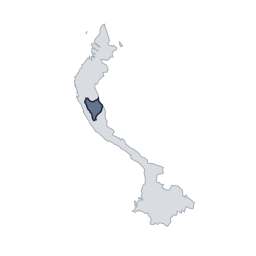 Vietnam, with Gia Lai highlighted, rotated 161°
{"feature_id": "VNM-478", "entity_name": "Gia Lai", "entity_type": "Province", "adm_level": 1, "iso_a3": "VNM", "parent_name": "Vietnam", "parent_adm1": "", "projection": "equal_earth", "projection_center": [108.233, 13.818], "detail": "fine", "context": "in_parent", "style": "filled", "palette": "slate", "viewbox_px": 256, "rotation_deg": 161, "n_neighbors": 0, "source": "natural_earth", "source_scale": "10m", "svg_char_len": 4947}
<svg xmlns="http://www.w3.org/2000/svg" viewBox="0 0 256 256"><g transform="rotate(161 128 128)"><path d="M150.8,48.0L149.0,48.1L147.2,50.0L144.8,51.1L144.2,54.4L142.2,55.9L141.3,55.2L139.3,55.9L137.2,55.2L137.9,58.9L135.8,61.9L136.0,63.8L135.4,65.2L131.7,69.4L130.6,69.5L129.7,70.2L127.9,75.2L127.6,79.4L126.8,81.7L126.0,82.7L125.8,84.0L128.6,90.6L130.5,93.3L132.3,94.7L135.1,98.6L134.6,99.6L134.8,101.8L133.5,101.2L133.7,101.4L135.2,102.6L137.6,106.8L141.6,111.3L142.3,113.6L146.2,117.2L146.1,117.7L148.9,120.7L149.2,121.8L151.3,121.7L153.3,125.1L153.9,125.2L154.1,126.6L157.2,132.4L159.8,135.4L161.1,140.8L162.6,144.9L162.7,147.3L165.0,157.3L164.8,158.6L164.4,157.3L164.5,161.2L164.8,163.2L164.7,165.7L166.3,170.3L166.5,175.5L165.4,173.3L164.1,174.8L165.0,178.5L164.0,178.2L164.1,183.1L164.6,184.8L164.4,185.5L163.9,184.2L163.5,186.5L163.9,188.2L163.2,190.0L162.2,190.1L161.6,193.8L159.8,194.1L158.5,195.8L156.9,196.4L153.9,199.6L152.0,200.2L151.0,202.8L149.3,203.0L143.0,207.4L142.3,206.4L141.1,206.0L140.3,203.6L139.6,207.4L139.1,207.7L138.2,206.9L137.3,205.4L135.9,206.5L137.4,206.8L137.8,207.8L137.6,208.9L134.4,208.9L137.3,210.4L137.9,211.5L136.5,213.4L136.5,214.7L135.8,215.3L134.2,214.1L130.9,210.0L134.9,215.8L135.6,218.4L134.6,219.6L133.5,219.7L131.6,217.9L128.6,213.8L127.6,213.2L131.1,219.1L131.6,220.5L131.2,222.0L123.9,226.4L122.0,230.7L119.7,233.2L117.3,233.9L116.0,233.6L117.4,231.5L116.6,230.7L116.9,219.0L117.5,215.9L119.6,214.7L119.6,214.0L118.9,212.2L117.2,211.6L116.4,210.3L114.9,210.8L112.4,207.2L113.9,205.7L117.0,205.5L119.1,203.0L118.9,200.3L119.1,200.0L122.0,200.9L123.0,199.4L126.8,198.8L127.8,200.7L128.7,200.4L130.5,201.6L131.2,201.7L130.8,199.8L131.2,198.2L127.9,194.4L127.8,189.5L128.6,189.2L129.5,187.7L133.7,188.7L133.9,184.9L137.0,184.5L137.7,183.4L139.5,183.1L142.5,179.8L143.8,179.6L144.5,180.4L145.7,178.9L146.2,176.4L145.4,169.3L146.8,163.4L143.8,153.4L144.2,149.9L145.1,148.7L146.0,145.9L145.9,142.7L145.4,141.1L146.3,140.0L147.3,137.2L146.4,135.2L143.3,131.9L142.1,129.3L144.5,127.1L144.6,125.8L139.6,121.4L138.8,119.0L137.6,120.0L136.7,119.4L135.5,117.1L135.1,112.8L134.3,112.1L132.6,109.0L129.8,106.2L126.5,101.5L125.8,100.2L125.4,98.0L124.0,95.6L122.7,95.1L120.4,92.0L120.1,90.7L120.8,88.5L119.1,87.4L116.2,86.3L107.5,79.2L109.4,76.7L108.9,74.3L109.1,73.9L111.5,73.8L114.9,74.7L116.6,72.8L117.4,70.7L118.6,69.1L118.6,68.2L117.7,66.5L116.2,66.4L115.3,64.0L112.7,63.1L114.5,61.5L115.0,60.2L112.6,57.7L110.0,55.9L107.6,57.1L105.8,59.2L105.0,59.4L99.4,56.7L96.8,51.4L97.9,47.1L98.0,45.5L96.9,44.8L96.6,43.8L95.7,45.6L94.9,45.6L94.1,42.4L93.1,41.6L89.5,35.7L90.6,34.5L92.4,31.1L93.1,30.5L96.9,32.8L98.4,34.7L100.1,33.4L100.1,32.7L102.1,30.2L103.8,32.8L105.2,30.0L108.5,33.4L109.0,32.8L109.7,30.5L110.7,29.8L111.4,29.7L112.3,31.0L113.0,31.1L114.7,29.7L116.4,29.5L117.5,28.2L117.9,25.6L118.3,25.1L122.6,22.1L124.3,23.7L125.4,26.0L126.9,26.6L128.5,28.1L129.7,27.9L130.1,27.3L131.7,27.4L133.0,29.0L135.8,28.3L138.3,30.1L137.5,32.1L136.2,33.0L135.9,34.0L135.9,36.2L136.9,37.6L137.0,41.3L137.7,41.0L140.2,42.1L141.2,43.9L142.4,45.0L143.4,45.1L144.2,46.6L145.1,46.1L145.5,46.7L147.3,46.5L148.5,45.9L150.8,48.0ZM108.5,207.5L108.6,210.0L108.0,212.8L107.3,209.7L106.2,207.8L107.6,207.0L108.5,207.5ZM146.9,52.1L145.4,53.9L144.8,53.8L145.5,51.4L146.9,52.1ZM140.8,58.7L140.4,58.8L139.6,57.6L140.0,57.0L141.0,57.5L141.2,58.0L140.8,58.7ZM146.0,56.2L145.4,56.6L144.7,56.5L146.3,54.7L146.0,56.2ZM138.4,56.2L139.0,58.0L138.1,57.1L138.4,56.2ZM142.3,206.7L141.1,208.3L141.0,207.6L142.3,206.7ZM136.4,232.1L135.5,232.1L136.5,231.2L136.4,232.1Z" fill="#d9dde1" stroke="#a8b0b8" stroke-width="1"/><path d="M146.3,165.9L146.4,165.5L146.8,164.4L146.8,163.9L146.8,162.5L146.7,162.0L145.8,159.7L145.6,159.3L145.4,159.0L145.3,158.9L145.2,158.7L145.0,158.4L145.0,158.2L145.0,157.7L144.9,157.1L145.0,156.9L145.1,156.7L145.1,156.4L145.3,156.2L146.0,155.6L146.4,155.1L146.8,154.5L147.0,154.0L147.2,153.6L147.3,153.3L147.6,153.0L148.0,152.6L148.7,152.1L152.7,150.5L153.8,149.8L154.6,149.0L155.1,148.4L155.4,147.8L155.5,147.4L155.6,147.1L155.6,146.9L155.4,146.5L155.4,146.4L155.5,146.2L155.9,146.3L156.1,146.4L156.2,146.5L156.3,146.5L157.6,146.0L158.2,146.7L158.3,147.6L158.4,148.7L158.3,149.9L157.8,152.1L157.8,153.0L157.9,153.7L158.1,154.1L158.3,154.4L158.6,154.9L158.7,155.1L158.7,155.3L158.7,155.6L158.7,155.9L158.6,156.3L158.7,156.6L158.8,157.0L159.3,157.8L159.6,158.5L159.7,158.9L159.8,160.1L159.9,161.6L159.8,163.5L159.9,163.8L159.9,164.1L160.1,164.6L160.2,164.8L160.2,165.1L160.2,165.4L160.2,165.6L160.2,165.9L160.4,166.2L160.4,166.4L160.4,166.6L160.3,166.9L160.1,167.2L159.7,167.5L158.8,168.2L158.6,168.4L158.4,168.7L158.2,169.1L158.1,169.8L156.5,169.2L156.1,168.6L155.7,166.8L155.5,166.4L155.4,166.1L155.2,165.7L154.9,165.4L152.2,164.1L151.7,164.1L151.3,164.2L150.6,164.6L150.4,164.7L150.2,164.7L148.9,164.6L147.6,164.9L147.4,165.0L146.9,165.5L146.6,165.7L146.3,165.9Z" fill="#64748b" stroke="#1e293b" stroke-width="1.5"/></g></svg>